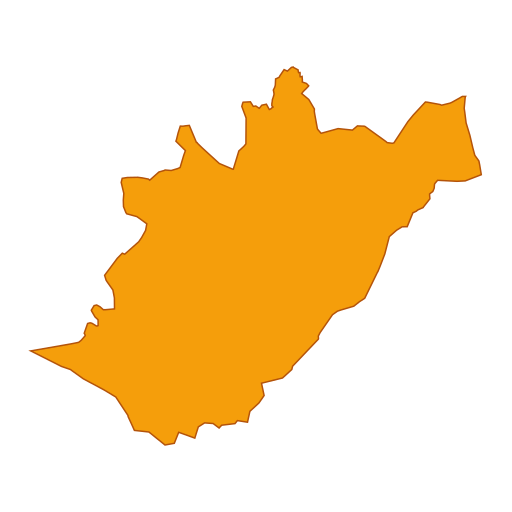 outline of Jema'A, Kaduna, Nigeria
{"feature_id": "59680162B37059166930142", "entity_name": "Jema'A", "entity_type": "district", "adm_level": 2, "iso_a3": "NGA", "parent_name": "Nigeria", "parent_adm1": "Kaduna", "projection": "equal_earth", "projection_center": [8.262, 9.414], "detail": "fine", "context": "isolated", "style": "filled", "palette": "amber", "viewbox_px": 512, "rotation_deg": 0, "n_neighbors": 0, "source": "geoboundaries", "source_scale": "gbopen_adm2", "svg_char_len": 3463}
<svg xmlns="http://www.w3.org/2000/svg" viewBox="0 0 512 512"><path d="M134.4,430.4L148.9,432.0L165.0,445.0L174.3,443.3L178.7,432.3L194.8,438.1L194.9,437.8L198.3,426.9L204.6,422.9L213.1,423.5L219.1,428.0L219.6,427.4L221.7,425.2L235.0,423.6L237.4,420.6L247.5,422.2L249.9,411.3L251.2,410.1L258.9,403.0L262.4,398.0L264.1,395.5L261.5,383.2L282.5,378.0L291.8,369.5L292.6,366.2L318.3,339.2L318.5,338.5L318.3,336.1L320.1,332.6L332.5,314.7L337.4,311.2L340.9,310.0L353.8,306.2L359.6,301.6L364.7,298.3L377.6,271.9L377.8,271.8L380.1,266.2L384.8,254.0L389.3,236.6L396.6,230.2L401.8,227.0L402.1,226.8L406.4,226.7L407.2,226.7L412.9,212.8L416.3,211.2L417.7,210.0L423.2,207.5L423.2,207.3L429.9,198.8L429.6,195.1L429.6,193.9L432.8,191.5L433.5,189.9L434.2,188.1L434.5,184.4L434.8,183.6L437.6,180.3L457.0,181.3L465.2,180.9L481.3,174.7L479.7,165.0L478.9,161.0L474.8,155.3L472.8,147.8L469.9,135.4L466.1,122.9L464.8,112.5L464.2,108.3L465.2,97.2L465.6,96.4L462.4,96.4L461.3,97.0L459.8,97.9L451.9,102.3L450.1,103.1L441.6,105.2L440.0,104.5L427.4,102.2L425.4,102.0L413.3,115.0L407.9,121.6L393.9,142.9L392.3,143.3L387.1,142.6L385.9,141.5L365.1,126.5L364.3,126.2L357.4,125.9L353.0,129.6L352.5,130.1L338.1,128.6L324.4,132.4L321.1,133.3L317.8,129.5L317.4,128.8L314.7,114.0L314.3,111.4L314.4,109.0L308.8,99.5L302.7,94.4L301.7,93.6L302.2,92.9L303.0,91.8L303.7,91.1L304.5,90.2L305.0,89.8L306.2,88.6L307.6,87.1L308.3,86.4L308.6,86.0L308.7,85.8L307.9,85.0L307.0,84.0L306.3,83.4L305.4,83.1L304.7,82.8L304.3,82.7L303.9,82.6L302.9,82.2L302.6,82.1L302.3,82.0L302.4,79.9L302.3,79.1L302.2,77.8L302.1,76.4L301.4,76.6L301.0,76.7L300.3,76.8L300.2,76.8L300.0,75.3L300.1,73.6L300.0,72.5L299.8,72.5L299.3,72.6L298.9,72.7L298.7,72.7L298.5,72.4L298.2,71.0L298.1,69.9L293.4,67.4L293.2,67.0L291.4,67.4L287.4,71.1L284.1,69.6L279.7,76.1L279.3,77.1L277.3,78.2L275.6,78.9L275.3,85.2L274.7,87.3L273.3,90.1L273.5,90.6L274.0,93.6L274.0,94.5L273.8,95.1L273.7,95.6L273.5,96.3L273.4,96.6L272.9,98.2L272.7,98.7L272.4,99.6L272.3,100.6L272.2,101.2L272.2,101.9L271.9,103.1L271.8,105.3L271.9,105.8L272.3,106.3L272.8,106.6L273.0,107.1L271.9,107.8L270.9,108.8L269.3,109.5L266.4,104.2L261.8,105.2L259.3,108.3L259.2,108.3L255.8,106.0L253.3,106.4L250.4,101.8L243.1,102.2L242.6,103.4L241.8,106.4L246.1,118.0L245.9,143.9L243.8,146.4L238.8,151.0L238.5,152.1L233.3,169.2L233.0,169.3L219.3,163.5L208.1,153.3L201.9,147.6L197.7,143.5L197.0,142.5L196.4,142.4L189.3,125.4L185.5,125.8L183.6,126.1L182.9,126.2L180.3,126.1L178.1,133.0L176.5,139.5L175.9,141.2L185.4,150.6L183.7,155.4L180.1,167.5L177.6,168.6L171.2,170.5L165.0,170.0L164.5,170.4L158.9,172.0L149.7,180.2L148.5,179.1L142.4,177.9L137.8,177.3L127.4,177.5L122.2,178.3L121.2,182.4L123.8,193.4L123.3,200.1L123.5,206.6L125.8,212.4L126.7,213.8L128.2,214.2L136.9,216.6L146.8,223.8L145.6,230.4L141.6,237.6L138.7,241.8L124.7,254.2L122.3,253.2L117.3,258.3L110.6,267.3L104.6,275.3L106.1,280.2L106.6,281.0L107.6,282.5L112.9,290.0L114.4,297.9L114.5,308.9L105.4,309.7L103.3,309.7L100.5,307.2L99.9,306.7L96.7,305.0L94.1,305.6L91.3,310.2L91.7,311.2L95.0,316.9L95.2,317.1L98.0,319.7L98.1,321.6L98.1,325.6L97.1,326.0L96.4,326.0L92.2,323.4L91.9,323.3L90.8,322.9L90.4,322.9L89.7,322.9L87.6,323.5L84.2,333.3L84.8,334.2L84.9,334.4L85.2,335.7L81.2,340.3L78.6,342.4L78.2,342.4L77.0,342.7L70.9,343.9L30.7,350.9L61.4,366.4L70.4,369.5L71.1,370.0L72.7,371.2L83.3,378.8L104.0,389.9L115.8,397.0L124.3,409.9L128.0,415.5L128.1,416.6L131.8,424.6L134.4,430.4Z" fill="#f59e0b" stroke="#b45309" stroke-width="1.5"/></svg>